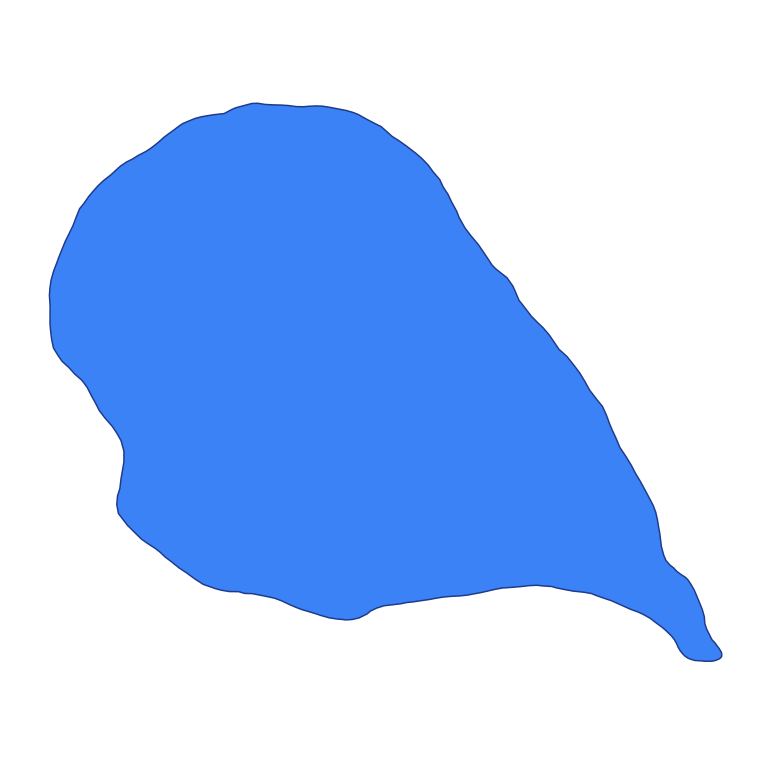 outline of Hadhdhunmathee, Maldives, rotated 89°
{"feature_id": "70690204B84265710008928", "entity_name": "Hadhdhunmathee", "entity_type": "district", "adm_level": 2, "iso_a3": "MDV", "parent_name": "Maldives", "parent_adm1": "", "projection": "natural_earth1", "projection_center": [73.435, 1.956], "detail": "fine", "context": "isolated", "style": "filled", "palette": "blue", "viewbox_px": 768, "rotation_deg": 89, "n_neighbors": 0, "source": "geoboundaries", "source_scale": "gbopen_adm2", "svg_char_len": 3359}
<svg xmlns="http://www.w3.org/2000/svg" viewBox="0 0 768 768"><g transform="rotate(89 384 384)"><path d="M289.3,717.0L300.3,716.5L309.0,716.7L317.7,716.9L325.3,716.4L333.8,715.5L342.4,713.8L349.8,709.4L355.8,705.4L362.1,698.7L368.6,693.1L375.1,685.9L382.1,680.9L391.3,676.4L397.2,673.2L405.5,669.2L413.1,663.6L421.5,656.5L428.0,652.3L436.0,647.9L446.7,645.2L457.4,645.4L466.4,647.1L474.2,648.6L483.9,649.9L491.3,652.4L499.9,653.3L508.9,651.8L521.0,642.8L534.9,629.2L539.9,622.3L544.3,615.7L548.2,610.9L553.3,605.7L557.3,600.5L564.3,592.1L569.6,584.4L575.5,576.7L581.2,568.2L585.7,556.0L587.4,549.9L588.8,542.6L589.1,532.9L591.0,526.8L591.3,519.5L592.4,514.3L594.1,506.3L596.3,497.0L599.2,489.7L602.9,482.3L606.2,474.9L608.2,469.8L609.9,464.4L612.5,456.3L614.4,450.9L616.7,443.3L618.1,435.5L618.7,429.9L619.2,426.1L618.9,419.8L617.4,413.0L613.6,404.9L610.8,401.5L607.9,395.2L605.7,387.7L604.8,378.7L604.0,370.9L602.9,365.2L602.4,359.2L601.1,349.2L600.3,342.8L599.1,335.8L598.1,328.8L597.5,320.8L597.2,311.8L596.4,303.3L595.7,299.5L594.1,289.9L591.3,276.8L590.0,269.1L589.7,262.3L589.0,251.6L588.1,241.7L587.9,234.4L588.6,229.4L589.4,219.8L590.9,215.0L592.6,207.2L594.3,198.9L595.7,187.7L597.1,180.4L599.4,174.9L602.2,167.3L604.7,160.2L608.4,152.4L611.0,146.8L613.5,141.6L616.4,134.0L618.9,128.8L622.8,122.1L626.3,117.7L628.9,114.4L631.6,110.8L634.8,107.1L638.1,103.8L640.9,101.0L645.0,97.9L648.8,95.9L652.5,94.4L656.0,92.4L658.5,90.5L661.2,88.0L663.6,84.6L664.9,81.1L665.9,77.8L666.3,72.1L666.8,68.2L666.9,63.9L666.8,60.4L666.4,58.1L665.5,55.5L664.8,53.8L663.8,52.3L662.1,51.1L660.2,51.0L658.3,51.3L656.4,52.3L654.4,53.5L651.5,55.6L648.9,57.4L645.3,60.6L639.3,63.5L634.9,65.6L629.2,67.4L622.3,67.8L615.0,69.7L608.5,72.2L600.1,75.5L595.1,77.6L589.5,80.7L584.9,83.7L582.5,86.1L579.8,90.2L576.3,94.7L572.9,97.7L569.8,101.5L565.3,105.2L560.1,107.3L556.1,108.3L551.3,109.5L538.0,110.9L531.5,112.0L524.4,113.0L516.8,114.6L510.1,117.0L503.3,120.4L494.3,125.0L485.5,129.6L478.1,133.9L469.7,138.1L460.5,143.5L451.5,149.3L441.7,153.2L433.7,156.8L427.3,159.3L419.2,162.1L410.2,166.0L403.5,171.3L393.9,178.4L384.7,183.3L376.7,187.9L369.1,193.4L359.8,200.5L352.3,208.5L346.1,212.5L337.9,217.9L330.6,223.9L324.9,229.7L318.9,235.4L313.4,239.5L306.4,244.7L302.8,247.5L298.4,249.3L294.4,250.9L288.6,253.3L280.0,259.1L275.5,264.6L270.5,270.6L266.8,274.0L262.2,276.9L256.7,280.4L246.2,287.3L237.6,294.3L229.6,300.2L225.0,302.7L218.8,306.0L212.4,308.4L203.7,313.0L195.5,316.7L187.9,321.5L180.6,324.7L172.6,331.3L166.0,335.9L158.9,342.5L153.6,348.5L146.9,356.9L141.4,364.3L136.4,371.8L132.9,375.5L126.6,382.4L123.4,388.6L118.7,397.2L114.2,404.9L112.1,409.8L109.9,416.9L107.9,426.4L106.2,434.5L105.1,441.1L104.8,446.8L105.0,454.3L105.4,459.7L105.1,466.9L103.9,475.0L103.3,482.3L103.0,489.6L102.4,498.0L101.1,505.4L101.2,511.2L105.2,527.3L106.8,531.2L110.8,539.1L111.9,550.4L112.7,556.0L113.7,562.3L115.2,568.3L117.6,574.5L120.2,580.9L122.6,584.5L126.3,589.6L130.5,595.6L133.5,599.7L138.7,605.7L143.7,612.3L147.3,617.9L149.8,623.0L151.1,625.6L154.8,631.8L157.5,637.5L161.4,643.5L165.7,648.5L170.1,653.4L173.3,657.7L176.0,661.2L181.0,666.7L186.4,671.6L191.4,676.0L198.4,681.0L203.3,685.2L210.5,688.3L219.8,692.0L228.7,696.5L235.4,700.0L243.3,703.4L251.8,707.0L258.3,709.5L265.5,712.4L274.5,715.1L282.0,716.3L289.3,717.0Z" fill="#3b82f6" stroke="#1e3a8a" stroke-width="1.5"/></g></svg>